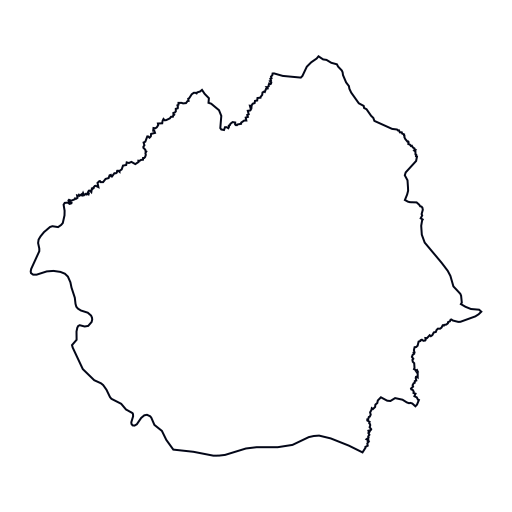 Tan Sum, Ubon Ratchathani, Thailand
{"feature_id": "78962969B64880163608761", "entity_name": "Tan Sum", "entity_type": "district", "adm_level": 2, "iso_a3": "THA", "parent_name": "Thailand", "parent_adm1": "Ubon Ratchathani", "projection": "mercator", "projection_center": [105.162, 15.397], "detail": "fine", "context": "isolated", "style": "outline", "palette": "ink", "viewbox_px": 512, "rotation_deg": 0, "n_neighbors": 0, "source": "geoboundaries", "source_scale": "gbopen_adm2", "svg_char_len": 5982}
<svg xmlns="http://www.w3.org/2000/svg" viewBox="0 0 512 512"><path d="M173.3,449.6L193.5,451.8L213.5,455.7L219.1,455.6L225.1,454.9L245.9,448.5L256.6,447.2L277.7,447.2L292.5,444.9L308.8,437.1L313.8,436.0L319.1,435.6L330.7,438.4L348.8,445.6L362.5,452.4L365.4,447.9L365.4,446.9L367.7,445.7L367.3,443.4L368.7,441.7L367.8,441.1L368.4,440.3L367.3,439.7L368.1,439.4L368.0,439.0L367.1,438.8L368.6,437.7L368.2,436.4L369.4,434.8L368.4,433.1L369.0,432.6L368.7,431.6L369.6,431.6L369.9,431.0L369.2,430.5L370.7,430.1L371.2,429.2L369.6,427.2L370.2,425.6L370.1,424.3L369.2,423.2L369.6,421.8L367.3,420.5L367.3,419.4L368.2,419.3L368.8,417.0L369.8,416.6L370.7,414.7L370.1,412.3L371.4,410.1L371.8,408.2L373.0,409.0L375.1,407.0L375.4,404.6L377.3,403.0L377.8,400.5L380.9,397.3L387.2,400.7L390.4,401.0L395.1,398.1L402.5,399.7L406.8,402.4L409.0,403.2L410.4,402.9L412.3,403.5L415.4,406.3L417.0,404.6L418.9,400.0L417.9,399.6L416.8,397.4L414.4,396.2L415.5,393.7L413.5,393.0L413.7,391.6L412.8,390.0L411.3,389.4L411.0,388.5L413.1,386.6L412.6,385.2L413.6,383.3L414.7,382.8L414.8,381.1L416.3,380.5L415.7,378.0L416.0,376.8L416.6,376.6L417.7,377.4L417.7,373.6L416.9,372.5L417.9,371.9L417.0,370.0L415.7,370.7L415.3,369.8L414.0,369.1L414.5,367.9L414.2,363.2L412.8,361.8L412.4,359.9L413.3,358.8L411.9,356.9L412.7,354.8L414.0,353.9L413.6,352.7L414.5,352.5L413.9,350.1L414.6,347.2L416.2,347.0L417.6,345.7L418.6,341.6L420.4,341.0L420.6,340.2L421.9,339.7L423.4,340.8L425.2,340.5L425.7,339.7L425.4,338.0L427.0,338.1L429.7,335.2L430.8,336.2L432.3,335.2L433.8,332.4L435.8,332.0L436.5,330.1L437.8,328.7L440.1,328.7L441.5,327.6L442.7,325.3L443.8,325.6L444.1,324.9L446.2,324.6L447.9,323.3L448.0,322.2L449.9,321.3L450.6,319.7L451.4,319.5L452.8,320.5L458.3,321.9L460.4,321.8L475.3,316.4L478.6,314.3L481.3,311.7L479.1,309.7L470.9,309.0L465.5,306.8L460.9,304.1L461.8,302.6L461.1,295.7L460.3,293.8L453.4,286.4L450.4,275.9L447.7,270.8L441.7,262.9L424.7,242.6L421.8,234.7L421.2,225.8L422.1,220.5L422.7,219.5L420.7,218.3L422.2,215.4L421.6,214.1L422.8,209.8L422.4,207.7L421.5,206.6L420.2,206.3L419.2,204.7L416.6,202.4L410.0,202.2L408.0,201.7L404.9,200.0L407.1,194.6L408.1,190.8L408.0,187.6L407.5,180.3L404.8,175.3L405.7,172.4L416.1,161.0L417.0,156.5L416.0,156.2L416.2,154.7L415.5,154.4L415.4,151.3L414.8,151.0L415.4,150.1L414.4,150.0L414.8,149.5L414.5,148.5L412.8,147.4L411.8,145.7L410.9,146.0L410.0,144.7L408.3,144.0L408.6,142.1L408.0,141.4L407.4,141.6L405.2,138.9L404.4,137.2L404.5,135.9L404.0,135.5L404.1,134.4L402.2,133.6L401.7,132.3L399.9,132.4L398.9,130.3L398.0,130.5L397.0,129.5L392.1,128.9L374.4,120.9L373.3,117.9L371.1,115.8L366.5,109.2L364.1,108.0L363.7,105.9L358.8,103.3L351.2,92.6L349.4,88.8L348.9,86.1L346.1,82.4L343.0,75.1L342.6,72.3L341.8,70.5L338.1,66.6L336.9,64.3L331.3,62.8L326.5,59.9L323.1,59.4L318.5,56.3L316.7,58.5L311.2,62.3L306.8,66.7L302.4,76.0L300.8,77.6L282.7,75.9L274.0,73.4L272.6,73.5L272.3,75.3L271.0,76.6L271.5,78.3L270.4,78.7L271.0,80.6L270.0,81.1L271.3,82.4L271.0,83.7L270.4,84.1L269.2,83.5L268.6,85.2L268.8,86.1L267.8,87.0L266.5,87.1L267.5,88.5L266.0,88.9L264.8,92.0L264.0,91.6L262.5,92.5L262.2,94.9L260.6,96.9L260.5,97.7L257.5,98.0L257.2,100.5L255.0,100.9L254.6,103.1L252.7,103.7L251.6,105.5L251.5,106.8L250.7,105.8L249.9,105.7L250.9,109.6L250.1,110.5L247.8,110.8L248.7,114.3L247.2,115.0L247.9,116.9L245.7,117.6L246.3,120.5L244.3,120.5L241.2,122.6L241.1,123.8L237.3,124.5L237.0,125.1L235.8,125.1L235.1,124.4L235.2,122.5L232.6,122.1L230.4,123.8L229.9,125.1L228.8,125.6L229.0,126.9L228.3,128.2L226.7,127.2L225.0,127.2L224.0,130.0L221.3,129.5L220.3,128.1L221.3,115.9L219.0,110.2L211.2,103.7L208.5,102.8L208.9,98.2L204.6,93.8L202.0,89.9L200.1,91.5L197.2,92.4L196.6,93.4L195.4,92.8L193.8,92.8L191.7,94.3L189.2,98.2L188.2,98.8L188.6,100.9L187.5,101.1L186.0,103.1L183.1,103.4L181.7,102.9L178.5,102.9L178.5,104.7L177.4,105.3L177.9,106.9L177.7,108.3L175.8,108.8L175.8,111.4L174.8,112.5L173.4,112.9L173.4,114.3L174.1,114.8L173.1,115.8L172.9,116.7L171.0,116.8L169.8,118.4L166.2,120.1L164.7,120.3L163.5,119.0L162.6,120.8L162.2,123.3L157.9,123.5L158.2,125.1L156.8,127.3L155.3,128.3L153.5,128.0L153.2,130.6L154.2,130.6L155.0,132.9L151.1,133.9L150.8,136.4L149.5,137.7L148.1,136.4L147.3,136.4L145.3,141.7L143.6,142.5L144.4,145.3L143.4,146.7L143.4,147.8L145.3,149.7L145.5,151.1L146.3,151.5L145.4,153.1L145.8,154.9L145.1,157.0L144.2,158.0L143.1,158.0L143.0,159.7L141.0,159.9L139.7,160.8L138.4,160.7L138.5,162.0L135.3,164.1L131.4,161.9L128.9,163.0L126.7,162.4L126.2,165.0L123.0,165.6L121.7,169.4L119.5,170.9L119.5,171.8L118.1,170.7L117.2,170.8L116.8,172.6L115.8,173.3L114.4,173.2L111.9,176.6L111.2,176.4L110.8,174.9L109.6,175.3L108.6,178.1L105.6,178.9L103.1,182.1L100.6,182.1L100.0,181.1L99.4,181.1L97.5,182.9L98.4,187.1L95.7,185.8L94.8,186.0L92.9,188.2L91.9,188.4L91.9,188.9L92.6,188.9L91.7,189.7L91.3,192.1L89.9,190.6L88.8,190.7L87.6,193.0L88.8,193.4L88.5,194.5L87.4,194.1L86.4,194.5L85.7,193.9L84.0,195.2L83.1,193.1L82.2,195.5L81.8,195.4L81.8,194.1L79.6,195.7L78.9,194.8L78.1,195.9L77.1,195.5L77.5,197.8L76.3,198.7L75.1,198.4L74.9,199.2L71.3,200.7L69.0,199.8L68.5,200.4L68.9,201.1L69.8,201.5L70.0,202.5L71.5,202.9L71.4,203.3L69.6,203.9L67.8,202.6L64.7,202.9L63.6,204.7L64.6,210.8L64.5,215.4L62.8,223.0L61.2,224.9L58.1,227.1L52.4,226.2L50.0,227.0L44.0,232.1L40.5,236.4L38.6,239.6L38.1,243.0L39.3,248.6L39.3,251.2L31.2,268.9L30.7,271.4L31.0,273.1L33.2,274.7L36.5,274.7L46.8,271.4L53.5,270.9L60.4,271.9L64.9,273.7L67.9,276.6L70.4,282.3L71.5,287.6L74.8,297.7L75.5,303.8L76.3,306.7L77.9,308.6L80.9,310.5L87.8,312.7L91.1,315.6L92.0,317.7L92.2,319.6L91.6,322.0L88.2,325.9L84.7,326.5L79.7,325.2L78.2,326.0L77.3,327.7L76.5,331.5L76.6,339.8L72.0,345.1L72.7,347.6L82.8,369.1L94.2,380.2L101.0,383.3L103.2,385.1L106.5,389.8L110.0,397.1L111.4,398.8L121.2,403.8L126.0,409.5L132.5,413.1L133.0,414.1L133.1,416.3L131.3,422.3L131.5,424.0L132.6,425.4L134.5,425.6L136.8,424.3L141.2,417.9L144.3,415.3L147.0,414.8L150.2,416.3L151.3,417.7L154.4,424.9L161.9,430.9L166.3,439.9L173.3,449.6Z" fill="none" stroke="#020617" stroke-width="2"/></svg>